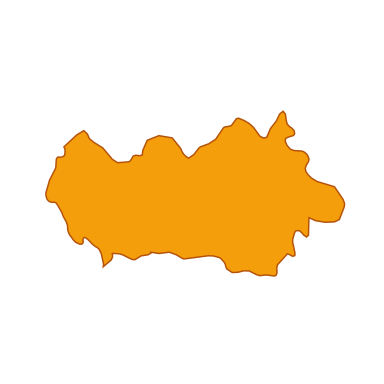 the border of Siena, rotated 140°
{"feature_id": "ITA-5388", "entity_name": "Siena", "entity_type": "Province", "adm_level": 1, "iso_a3": "ITA", "parent_name": "Italy", "parent_adm1": "", "projection": "mercator", "projection_center": [11.496, 43.172], "detail": "fine", "context": "isolated", "style": "filled", "palette": "amber", "viewbox_px": 384, "rotation_deg": 140, "n_neighbors": 0, "source": "natural_earth", "source_scale": "10m", "svg_char_len": 2452}
<svg xmlns="http://www.w3.org/2000/svg" viewBox="0 0 384 384"><g transform="rotate(140 192 192)"><path d="M182.8,74.6L188.4,80.7L193.9,84.4L195.7,87.2L198.9,94.7L202.9,98.3L208.3,100.9L213.0,104.5L214.8,110.8L214.3,112.5L212.8,115.7L212.5,117.5L212.7,123.0L213.6,124.8L216.7,129.2L220.4,132.6L240.9,145.7L242.0,147.1L244.4,154.1L248.1,160.5L256.8,166.1L262.2,172.3L262.6,171.6L265.9,172.1L271.9,175.7L279.4,176.9L281.5,179.3L285.5,188.5L287.7,191.7L292.3,196.0L293.0,195.9L293.4,194.8L294.5,193.4L297.5,191.9L308.0,191.8L306.1,193.6L301.1,203.1L300.0,207.8L300.1,209.2L300.3,210.3L300.7,211.4L301.1,212.4L301.5,214.2L301.9,216.8L302.2,222.2L302.7,224.7L303.5,226.2L304.5,226.4L305.5,226.2L306.2,225.5L307.3,223.8L308.2,223.2L309.1,222.8L310.4,223.2L311.7,224.5L313.2,227.7L313.6,229.8L313.7,231.6L313.3,237.2L313.1,238.6L312.8,239.8L312.0,241.9L311.6,242.8L309.1,246.1L307.7,249.2L306.2,256.4L304.9,260.0L303.3,268.8L303.2,271.1L303.8,272.5L305.6,273.9L306.5,274.8L307.5,276.5L307.7,278.0L307.7,279.4L307.3,280.6L306.9,281.6L306.4,282.7L305.9,283.5L304.4,285.3L303.2,286.1L293.4,292.7L282.4,297.3L280.6,298.3L274.9,304.3L273.3,304.9L272.1,304.9L270.5,303.3L269.4,302.5L267.3,301.9L266.1,302.1L265.1,302.6L262.3,305.7L261.8,306.4L261.1,308.9L243.3,309.8L235.4,308.5L234.9,303.7L236.3,298.7L235.3,293.2L232.0,283.1L232.0,268.2L230.2,262.3L221.8,256.3L220.2,255.5L218.1,255.8L214.1,257.3L211.4,256.3L209.0,253.6L206.4,252.3L202.9,255.5L193.1,260.4L181.1,256.4L172.4,246.2L172.7,232.4L173.7,229.4L174.1,226.5L173.9,223.5L172.9,220.1L166.5,219.5L158.2,221.3L156.6,221.2L148.3,218.2L139.9,217.2L126.5,221.0L124.6,220.5L121.0,218.3L119.1,217.6L110.9,219.6L108.9,218.6L106.1,213.2L104.2,207.9L103.4,202.3L104.1,190.9L102.4,187.3L99.5,185.9L91.0,190.2L81.7,192.2L74.7,195.4L70.3,195.3L70.4,191.7L74.1,185.7L75.4,182.7L75.3,179.7L74.5,176.6L74.3,173.5L75.7,170.9L77.0,170.2L78.3,170.2L83.8,172.5L86.1,172.7L87.9,171.1L89.2,166.9L89.2,161.8L87.4,158.4L81.7,152.9L80.6,151.1L80.0,149.0L79.8,146.7L80.3,144.2L81.4,141.8L83.1,140.5L87.1,139.1L90.0,137.4L91.6,134.4L92.0,130.6L91.6,126.1L89.4,119.6L79.5,104.4L81.0,89.3L82.6,85.0L85.0,82.7L96.8,76.2L102.0,77.5L109.3,83.1L115.8,90.6L118.9,97.2L130.6,84.0L133.2,83.9L134.1,87.3L134.1,90.7L134.8,93.6L137.4,95.5L139.4,95.0L145.3,91.0L147.0,89.1L152.4,79.0L154.1,77.2L156.3,78.1L157.3,80.9L158.6,83.3L173.3,81.3L175.8,79.4L179.0,75.3L181.2,74.2L182.8,74.6Z" fill="#f59e0b" stroke="#b45309" stroke-width="1.5"/></g></svg>